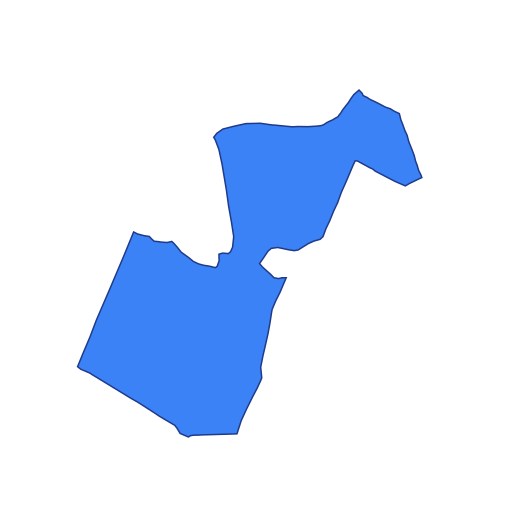 the district of Al-Qurna, Al-Basrah, Iraq, rotated 203°
{"feature_id": "34846034B80013069152420", "entity_name": "Al-Qurna", "entity_type": "district", "adm_level": 2, "iso_a3": "IRQ", "parent_name": "Iraq", "parent_adm1": "Al-Basrah", "projection": "natural_earth1", "projection_center": [47.414, 30.944], "detail": "fine", "context": "isolated", "style": "filled", "palette": "blue", "viewbox_px": 512, "rotation_deg": 203, "n_neighbors": 0, "source": "geoboundaries", "source_scale": "gbopen_adm2", "svg_char_len": 2291}
<svg xmlns="http://www.w3.org/2000/svg" viewBox="0 0 512 512"><g transform="rotate(203 256 256)"><path d="M341.3,348.8L338.7,346.8L331.8,339.6L323.2,327.4L309.0,305.1L300.7,291.2L291.5,277.1L284.1,265.1L281.0,255.0L281.1,250.1L282.3,247.5L287.9,245.6L290.8,243.2L289.3,239.8L288.1,237.3L287.7,231.3L288.9,229.4L295.1,228.4L300.6,227.0L303.5,226.6L305.9,226.3L311.5,226.5L317.2,228.2L322.4,229.4L326.4,230.3L332.0,233.4L336.7,235.6L339.2,236.5L343.1,233.7L348.3,231.9L352.1,230.9L355.5,229.8L358.7,230.9L361.9,232.3L366.9,231.0L373.6,230.0L378.0,230.3L377.9,221.2L377.7,203.6L377.7,194.5L377.7,167.8L377.9,134.7L377.2,116.5L377.2,99.4L377.0,84.4L373.0,83.3L363.2,83.3L360.6,82.8L313.8,75.9L308.1,75.3L289.3,72.1L282.5,70.8L274.6,69.7L268.3,68.9L264.5,68.4L263.4,67.7L261.7,66.8L258.0,64.1L256.5,63.0L254.0,63.0L250.8,63.0L249.5,63.0L247.5,63.0L246.2,64.9L243.8,66.5L238.5,68.9L234.6,70.8L228.7,73.5L204.1,84.8L204.1,85.6L205.3,98.7L204.9,111.5L204.1,125.1L203.3,134.6L203.0,143.2L203.1,146.1L208.2,155.4L210.7,167.3L212.3,176.6L214.6,189.2L217.0,199.9L219.5,209.7L220.3,213.2L220.3,222.5L219.7,232.1L219.7,239.2L219.7,247.2L219.7,247.8L223.6,246.1L226.5,244.0L231.0,243.0L235.5,244.9L240.0,246.4L241.4,246.9L245.5,248.3L249.8,250.4L248.2,258.0L247.8,260.2L246.8,265.2L244.9,269.0L239.4,272.3L234.5,273.3L228.3,274.5L222.8,275.9L219.5,278.1L212.9,287.6L208.6,292.3L203.5,296.4L201.9,300.0L202.3,308.8L201.9,317.4L202.1,327.6L201.7,336.9L202.3,347.4L202.3,350.1L202.1,358.6L202.1,369.1L202.1,377.6L201.9,382.4L199.8,383.1L192.7,382.4L185.5,381.7L182.8,381.7L179.3,380.7L157.4,379.0L145.9,378.9L143.1,382.7L139.5,386.8L136.7,390.0L134.0,393.0L135.8,395.0L139.6,398.2L143.3,402.7L146.2,405.7L149.7,410.4L154.8,415.7L160.0,420.9L164.2,426.3L168.0,429.7L172.4,434.5L175.8,437.9L179.7,443.1L185.3,443.3L189.8,444.0L195.0,443.6L200.4,444.1L206.4,444.5L212.2,444.7L215.8,445.4L220.0,445.5L222.0,447.3L226.0,449.0L229.0,442.9L230.1,438.2L230.9,433.4L232.1,429.0L233.4,424.0L233.8,420.9L234.7,417.9L234.9,416.3L236.7,414.0L238.6,411.3L240.6,409.2L242.9,406.5L245.0,403.3L247.2,401.3L251.4,399.0L258.6,395.4L268.2,391.5L273.0,389.1L284.2,385.6L289.3,384.0L292.8,382.8L303.8,379.9L317.1,373.9L326.9,366.9L336.1,359.9L340.0,353.6L341.3,348.8Z" fill="#3b82f6" stroke="#1e3a8a" stroke-width="1.5"/></g></svg>